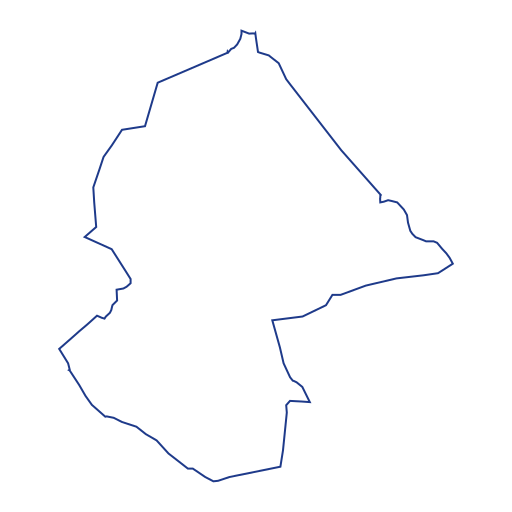 the district of La Clery, Castries, Saint Lucia
{"feature_id": "8701671B59116812435541", "entity_name": "La Clery", "entity_type": "district", "adm_level": 2, "iso_a3": "LCA", "parent_name": "Saint Lucia", "parent_adm1": "Castries", "projection": "robinson", "projection_center": [-60.984, 14.019], "detail": "fine", "context": "isolated", "style": "outline", "palette": "blue", "viewbox_px": 512, "rotation_deg": 0, "n_neighbors": 0, "source": "geoboundaries", "source_scale": "gbopen_adm2", "svg_char_len": 1645}
<svg xmlns="http://www.w3.org/2000/svg" viewBox="0 0 512 512"><path d="M309.8,402.1L302.3,386.9L296.6,382.3L293.7,380.9L292.8,380.7L290.1,377.3L283.6,363.3L279.9,347.4L276.5,335.3L272.3,320.3L302.6,316.5L326.0,305.2L332.4,294.9L340.5,294.9L365.8,285.6L396.5,278.4L423.5,275.3L438.0,273.2L452.8,263.7L449.6,257.8L446.3,253.3L442.1,248.8L437.1,242.8L433.5,241.3L426.0,241.3L423.4,240.2L415.6,237.2L412.3,233.8L410.3,230.8L408.0,222.6L407.0,215.1L403.8,209.5L397.2,202.4L391.3,200.9L388.1,200.2L383.8,201.7L380.3,202.4L380.1,198.7L380.3,197.1L380.3,195.6L380.8,195.0L341.3,150.3L290.4,84.7L286.2,79.2L278.7,63.2L271.0,57.2L268.8,55.4L259.5,52.6L258.0,52.0L255.9,37.8L255.3,33.1L254.9,33.7L253.2,33.4L249.1,33.6L243.1,31.3L241.5,30.7L241.5,34.0L240.3,38.8L237.2,44.4L234.0,47.8L231.2,48.9L228.1,52.5L227.6,51.7L227.4,52.8L157.7,82.7L145.0,126.2L122.0,129.8L111.8,145.4L103.7,156.7L103.3,157.7L99.5,169.2L93.3,187.4L94.2,202.2L96.2,227.0L84.7,237.0L111.7,249.2L126.7,272.8L130.6,279.0L130.6,279.7L130.6,283.2L130.1,283.7L127.0,286.4L126.5,286.8L123.4,288.5L116.6,289.7L117.1,300.5L113.0,304.6L112.5,305.1L112.1,306.5L111.3,310.0L109.9,312.8L105.8,316.6L104.5,318.6L101.5,317.7L100.5,317.2L97.7,316.0L97.0,315.7L89.8,322.2L87.1,324.6L79.4,331.1L74.7,335.3L59.2,348.9L68.1,363.3L69.7,369.6L69.0,370.1L69.7,370.5L79.2,385.0L85.5,395.9L91.9,404.9L105.3,416.7L106.7,416.4L113.7,417.8L122.0,422.0L136.4,426.7L145.9,434.2L156.6,440.4L168.5,453.5L187.9,468.6L192.8,468.6L205.2,477.0L213.4,481.3L218.1,480.8L229.5,477.0L280.4,466.7L283.0,450.3L286.8,412.6L286.2,405.2L290.0,400.9L301.4,401.5L309.8,402.1Z" fill="none" stroke="#1e3a8a" stroke-width="2"/></svg>